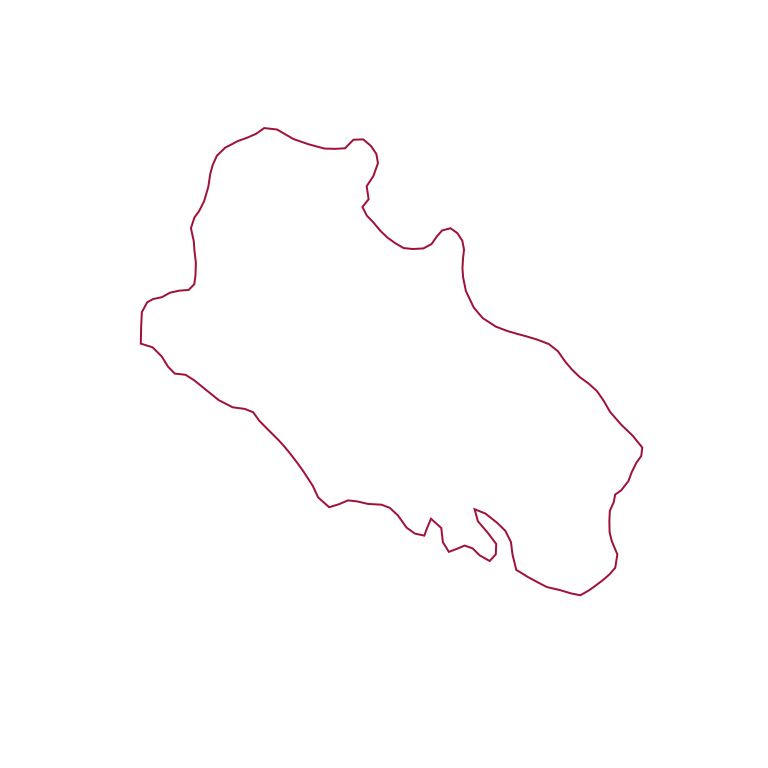 the district of Mvita, Kenya, rotated 327°
{"feature_id": "3690345B40484627971500", "entity_name": "Mvita", "entity_type": "district", "adm_level": 2, "iso_a3": "KEN", "parent_name": "Kenya", "parent_adm1": "", "projection": "equal_earth", "projection_center": [39.663, -4.052], "detail": "fine", "context": "isolated", "style": "outline", "palette": "rose", "viewbox_px": 768, "rotation_deg": 327, "n_neighbors": 0, "source": "geoboundaries", "source_scale": "gbopen_adm2", "svg_char_len": 2049}
<svg xmlns="http://www.w3.org/2000/svg" viewBox="0 0 768 768"><g transform="rotate(327 384 384)"><path d="M202.0,217.7L209.9,227.2L212.6,239.9L212.3,251.8L214.2,261.3L222.6,268.2L227.0,278.0L231.3,291.3L236.6,307.5L244.3,321.0L253.7,329.1L258.9,336.5L259.4,347.1L262.0,359.7L265.1,374.1L266.5,383.2L267.5,392.4L268.3,402.9L268.8,413.1L268.8,430.6L267.0,443.2L270.9,457.5L280.8,460.3L290.4,462.0L297.5,467.8L305.3,475.9L316.1,483.8L321.4,491.0L324.1,501.8L324.7,516.7L328.4,526.2L335.2,533.1L341.1,528.7L350.0,522.6L353.6,536.0L347.2,548.8L347.0,560.1L355.5,562.0L363.6,563.4L368.8,570.1L370.9,579.8L376.2,590.0L384.9,587.8L391.0,579.3L390.0,565.3L388.0,550.2L391.8,538.4L398.5,547.9L403.3,562.1L405.8,573.2L404.4,585.7L398.9,597.0L393.7,611.9L399.7,624.5L404.9,634.0L410.0,643.0L419.7,653.1L427.0,661.7L433.6,668.1L443.3,668.7L452.3,668.3L461.5,667.6L469.2,666.5L477.8,664.1L486.9,654.0L489.5,639.6L492.4,631.3L498.2,621.9L504.3,613.4L512.1,608.4L517.7,602.6L524.9,602.4L536.0,598.6L544.0,592.7L552.8,587.5L560.5,584.5L566.0,578.0L564.4,562.9L560.8,547.4L558.4,530.6L559.1,517.8L558.7,505.7L555.9,495.2L551.9,484.8L549.5,474.2L548.2,464.3L547.7,451.2L544.0,440.3L536.5,430.0L529.8,422.1L522.4,413.8L516.5,407.0L509.1,396.9L502.7,382.6L500.9,368.9L503.3,350.6L508.4,337.7L512.8,329.7L518.6,321.8L524.3,314.9L527.7,306.5L527.7,297.4L524.6,289.6L516.4,286.9L508.7,289.0L500.2,292.5L491.0,291.8L481.7,286.5L474.5,280.7L470.3,272.4L466.6,263.1L464.4,253.6L463.1,242.7L461.3,233.5L462.3,223.8L471.7,220.7L477.2,208.7L488.5,203.7L499.2,195.5L502.9,186.9L502.7,177.3L499.8,167.5L491.4,162.5L479.7,165.1L471.5,160.4L462.4,154.2L451.4,142.0L441.4,129.1L432.9,112.3L422.9,104.1L413.1,104.5L403.3,102.9L393.6,100.6L386.4,100.0L379.6,99.3L368.2,101.5L359.4,107.2L352.8,113.1L343.9,123.1L332.7,132.7L322.9,138.4L315.7,141.1L307.0,148.1L302.1,160.9L297.3,169.6L292.3,179.8L285.0,190.3L279.2,197.0L271.3,198.7L263.3,194.3L254.4,190.9L245.0,190.2L236.6,187.0L229.9,186.5L220.0,191.9L211.6,203.6L202.0,217.7Z" fill="none" stroke="#9f1239" stroke-width="2"/></g></svg>